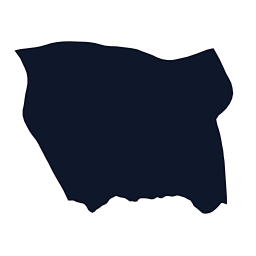 the district of As Sa'id, Shabwah, Yemen, rotated 356°
{"feature_id": "15242507B10835252837826", "entity_name": "As Sa'id", "entity_type": "district", "adm_level": 2, "iso_a3": "YEM", "parent_name": "Yemen", "parent_adm1": "Shabwah", "projection": "mercator", "projection_center": [46.874, 14.278], "detail": "fine", "context": "isolated", "style": "filled", "palette": "ink", "viewbox_px": 256, "rotation_deg": 356, "n_neighbors": 0, "source": "geoboundaries", "source_scale": "gbopen_adm2", "svg_char_len": 2264}
<svg xmlns="http://www.w3.org/2000/svg" viewBox="0 0 256 256"><g transform="rotate(356 128 128)"><path d="M220.7,210.0L221.0,205.4L221.1,201.9L221.2,168.2L220.8,162.8L220.7,157.7L220.0,151.9L219.5,146.6L218.8,141.4L217.8,135.9L216.5,130.8L215.8,125.3L218.8,121.2L223.0,118.3L226.9,114.9L230.4,110.7L233.1,106.0L234.6,100.8L234.3,95.4L233.4,90.4L231.4,85.7L229.1,80.8L227.2,75.6L225.2,70.4L223.3,65.6L221.1,60.9L218.9,56.2L218.4,55.2L217.4,55.3L212.5,56.1L207.5,57.6L202.4,59.2L197.4,60.5L192.4,61.8L187.4,62.6L182.1,63.4L177.0,64.1L172.0,63.7L166.8,62.5L162.1,60.5L157.2,57.7L152.4,55.5L147.4,53.3L142.5,50.9L137.5,49.5L132.1,48.4L126.8,47.4L121.6,46.4L116.2,45.9L110.8,45.0L105.9,43.4L101.0,41.7L95.8,40.5L90.6,39.7L85.2,39.2L80.0,38.6L74.6,38.1L69.0,37.9L63.2,38.1L57.6,38.7L52.5,39.9L47.2,41.0L42.2,41.7L36.7,42.0L31.7,42.3L26.6,42.5L21.4,43.3L23.3,46.3L26.1,50.9L27.9,55.7L29.9,60.8L31.4,65.8L31.9,71.0L31.5,76.8L30.2,82.0L28.6,87.4L27.5,92.4L26.4,97.8L24.9,102.9L24.5,108.1L25.6,113.6L27.7,118.7L30.0,123.7L32.6,128.2L35.6,132.5L38.1,137.3L39.7,141.1L40.1,142.0L42.3,147.0L44.3,151.7L46.6,156.6L48.6,161.5L50.8,166.6L53.0,171.3L55.2,175.9L57.5,180.4L59.7,185.1L61.6,189.8L63.5,194.8L63.7,195.4L65.5,195.6L67.7,195.6L69.8,196.3L71.8,197.5L73.8,198.1L75.8,198.9L78.1,199.4L79.9,200.7L81.4,202.5L82.4,204.6L83.2,206.5L84.8,208.2L86.6,209.3L88.8,208.3L90.3,206.7L92.3,205.8L94.6,204.4L96.6,202.9L98.7,202.3L100.7,201.4L102.3,199.8L103.6,198.1L105.3,196.6L107.4,195.8L109.5,194.8L111.6,194.1L113.5,195.0L115.6,195.9L117.7,196.4L119.9,196.9L121.8,198.0L123.4,199.4L125.2,200.7L127.3,200.5L129.5,201.3L131.7,201.1L133.1,199.4L135.1,198.3L137.2,198.3L139.6,198.5L141.7,198.8L143.9,199.3L146.1,200.0L148.4,200.0L150.4,199.1L152.3,198.0L154.4,199.2L156.6,199.7L158.6,198.9L160.6,197.9L162.9,197.8L165.0,198.2L167.1,198.7L169.3,198.6L171.4,198.0L173.7,198.2L175.9,199.0L177.9,199.8L179.9,200.5L181.8,201.8L183.6,202.9L185.7,204.0L186.9,206.0L188.0,208.0L188.9,210.1L190.5,211.5L192.2,213.0L194.0,214.8L195.5,216.3L197.1,217.7L199.3,218.1L201.5,218.0L203.6,217.6L205.9,216.8L207.8,215.5L209.6,214.2L211.3,212.8L212.9,211.3L213.2,211.0L214.4,209.6L215.4,208.9L216.2,208.4L218.3,209.0L220.3,209.8L220.7,210.0Z" fill="#0f172a" stroke="#020617" stroke-width="1.5"/></g></svg>